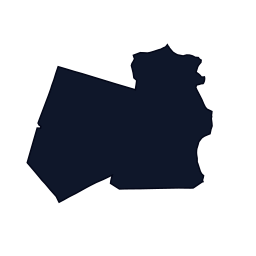 the district of Beygee, Sala ad-Din, Iraq, rotated 17°
{"feature_id": "34846034B92184872032162", "entity_name": "Beygee", "entity_type": "district", "adm_level": 2, "iso_a3": "IRQ", "parent_name": "Iraq", "parent_adm1": "Sala ad-Din", "projection": "mercator", "projection_center": [43.192, 34.889], "detail": "fine", "context": "isolated", "style": "filled", "palette": "ink", "viewbox_px": 256, "rotation_deg": 17, "n_neighbors": 0, "source": "geoboundaries", "source_scale": "gbopen_adm2", "svg_char_len": 2119}
<svg xmlns="http://www.w3.org/2000/svg" viewBox="0 0 256 256"><g transform="rotate(17 128 128)"><path d="M42.8,113.2L42.5,119.8L41.6,133.7L40.7,147.4L40.6,149.6L42.2,151.2L43.1,151.4L44.2,151.9L44.4,153.8L42.8,154.2L41.2,154.6L41.8,190.6L51.2,196.6L58.1,201.1L60.9,203.0L65.1,205.4L72.0,209.9L79.4,214.4L83.1,218.4L83.8,219.1L88.1,214.8L91.5,211.2L97.8,205.1L105.6,197.0L108.4,194.2L113.5,189.3L119.3,184.4L123.1,180.9L124.9,179.2L126.8,177.7L126.9,181.1L127.0,182.9L127.5,186.0L137.6,188.8L142.9,187.0L158.7,182.0L174.4,176.8L194.1,170.4L199.3,168.9L205.1,167.2L206.9,166.6L207.9,166.2L209.3,164.5L214.5,158.0L215.4,157.4L214.4,156.1L214.4,153.7L214.2,151.5L212.0,150.5L211.1,149.7L209.8,148.4L205.0,141.5L204.1,140.4L202.9,136.6L201.5,133.8L200.7,131.8L200.1,129.5L199.8,127.8L199.8,125.9L199.8,123.3L199.7,121.0L199.8,120.2L201.1,116.6L201.6,115.6L203.4,113.4L206.1,111.1L208.1,109.5L207.7,105.0L207.8,101.5L206.8,98.9L205.3,95.6L204.8,94.4L204.7,92.7L204.0,91.3L203.8,89.6L203.5,88.2L203.4,87.7L199.4,87.1L198.0,86.9L195.8,85.5L193.3,82.9L190.4,79.4L187.6,76.5L182.5,71.3L180.8,69.2L181.0,67.6L181.1,66.7L183.4,65.4L184.9,64.3L186.7,63.6L187.0,63.0L187.1,62.3L187.2,61.4L187.2,60.6L186.9,58.6L186.3,57.1L186.1,56.8L184.9,57.4L183.1,57.8L181.9,56.8L179.7,55.7L178.1,55.2L176.6,54.7L176.7,54.3L176.7,52.7L176.7,50.8L176.7,49.2L177.0,47.5L177.7,45.7L178.5,43.9L178.1,41.7L177.6,41.6L176.1,41.2L175.3,40.6L174.7,40.1L173.4,40.4L172.3,40.6L171.4,40.8L169.8,40.4L168.1,40.2L165.5,40.3L162.8,41.0L161.2,42.0L159.7,43.0L156.7,43.3L154.0,43.6L151.7,43.2L148.8,42.4L147.2,41.4L144.9,39.9L144.2,39.5L143.4,38.6L142.3,37.9L141.3,36.9L140.6,38.7L140.2,39.6L138.6,40.9L136.4,43.1L134.2,44.5L130.1,47.4L126.9,49.5L124.8,50.6L121.5,51.4L117.7,52.4L114.1,55.2L111.9,56.9L113.2,58.8L114.1,59.9L113.6,62.8L113.0,65.1L113.0,67.3L114.8,70.2L116.9,73.8L119.0,78.3L122.4,79.8L123.1,83.8L123.5,86.7L123.9,89.3L103.3,89.5L100.6,89.5L82.4,89.5L79.7,89.5L77.1,89.5L70.9,89.5L68.3,89.5L60.2,89.7L57.6,89.7L56.1,89.7L53.5,89.7L43.3,89.8L43.1,96.8L43.1,103.4L42.8,109.5L42.8,113.2Z" fill="#0f172a" stroke="#020617" stroke-width="1.5"/></g></svg>